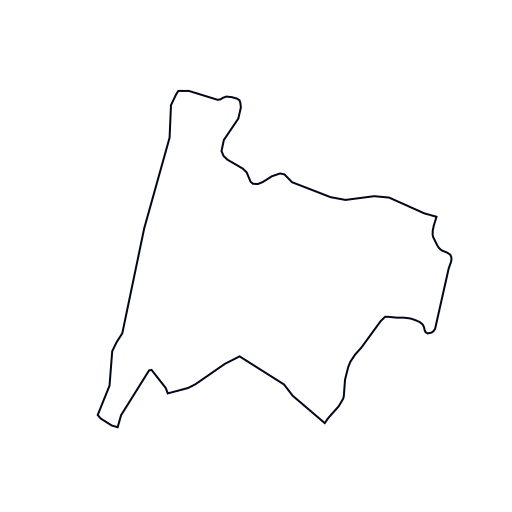 SVG path tracing the border of Barletta-Andria Trani, rotated 257°
{"feature_id": "ITA-5405", "entity_name": "Barletta-Andria Trani", "entity_type": "Province", "adm_level": 1, "iso_a3": "ITA", "parent_name": "Italy", "parent_adm1": "", "projection": "mercator", "projection_center": [16.158, 41.179], "detail": "fine", "context": "isolated", "style": "outline", "palette": "ink", "viewbox_px": 512, "rotation_deg": 257, "n_neighbors": 0, "source": "natural_earth", "source_scale": "10m", "svg_char_len": 1353}
<svg xmlns="http://www.w3.org/2000/svg" viewBox="0 0 512 512"><g transform="rotate(257 256 256)"><path d="M136.7,66.0L162.6,84.1L195.6,94.5L203.5,100.9L210.7,108.3L308.1,153.3L390.7,198.4L422.1,207.1L431.4,214.5L434.3,217.4L432.0,227.6L416.8,253.8L416.6,256.6L417.6,259.4L418.0,263.0L416.2,268.2L413.6,272.9L411.5,274.9L408.8,275.2L404.2,274.7L393.9,269.7L376.3,250.8L366.0,246.0L360.7,246.9L356.2,249.9L344.1,262.8L339.6,265.7L329.7,267.4L327.1,269.2L325.7,273.9L326.5,279.1L330.1,289.3L331.0,298.0L329.1,302.1L319.8,307.7L296.6,341.8L290.5,355.8L287.7,384.6L283.0,398.8L259.8,429.4L253.6,440.7L245.7,436.1L241.2,434.0L237.1,432.9L234.4,432.9L224.9,435.2L222.7,436.1L220.8,437.3L219.2,438.8L216.6,442.6L215.0,444.3L213.3,445.7L211.1,446.0L208.6,445.7L206.4,444.7L200.6,441.0L144.9,414.2L143.1,412.4L141.9,410.0L141.9,405.9L143.6,404.1L146.0,403.6L148.4,403.7L150.3,403.4L151.7,403.0L153.1,402.0L154.7,400.8L157.4,397.2L159.9,393.3L160.9,391.1L162.7,386.0L164.2,379.5L167.2,370.5L167.7,368.1L164.4,362.7L143.0,338.0L137.6,330.3L131.9,324.3L127.1,320.9L115.4,314.9L99.6,310.0L97.3,308.8L91.0,302.8L81.6,289.6L77.7,285.4L111.6,260.3L124.5,254.4L161.9,217.4L157.9,201.4L144.6,167.9L142.7,160.2L142.0,139.1L147.6,138.4L168.5,128.6L168.6,126.1L131.2,88.7L120.3,82.7L123.3,77.3L132.7,68.0L136.7,66.0Z" fill="none" stroke="#020617" stroke-width="2"/></g></svg>